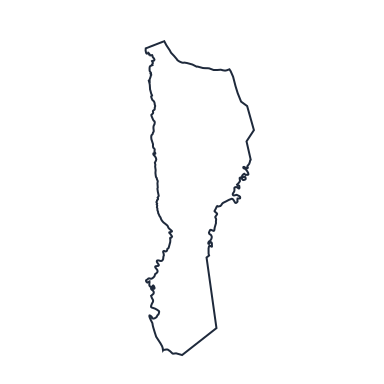 the district of La Jigua, Copán, Honduras, rotated 342°
{"feature_id": "27666195B73111216600935", "entity_name": "La Jigua", "entity_type": "district", "adm_level": 2, "iso_a3": "HND", "parent_name": "Honduras", "parent_adm1": "Copán", "projection": "equal_earth", "projection_center": [-88.775, 15.106], "detail": "fine", "context": "isolated", "style": "outline", "palette": "slate", "viewbox_px": 384, "rotation_deg": 342, "n_neighbors": 0, "source": "geoboundaries", "source_scale": "gbopen_adm2", "svg_char_len": 6058}
<svg xmlns="http://www.w3.org/2000/svg" viewBox="0 0 384 384"><g transform="rotate(342 192 192)"><path d="M132.2,344.0L173.2,329.0L185.6,258.8L188.6,257.7L188.7,255.8L190.3,250.8L191.3,249.0L191.7,248.7L192.2,248.7L192.9,249.1L193.6,250.0L194.0,250.1L194.2,249.9L194.4,249.0L195.0,247.1L195.0,246.3L194.8,245.8L194.4,245.5L193.7,245.5L192.3,246.6L191.7,246.4L191.6,245.9L191.9,245.2L192.7,244.4L194.0,244.0L195.4,243.1L196.1,242.3L196.7,241.4L197.0,240.4L196.9,239.4L196.6,238.4L195.9,237.7L195.6,237.3L195.5,236.5L195.6,235.8L197.3,233.9L197.8,233.7L198.4,233.9L200.4,235.6L201.0,235.6L201.5,235.1L202.5,233.0L205.2,229.0L205.6,227.5L206.5,225.5L206.6,224.5L206.3,223.6L206.5,222.8L208.9,221.0L209.1,220.7L209.1,220.1L207.7,217.7L207.5,217.3L207.6,217.0L209.0,215.7L211.1,213.4L211.7,213.2L212.2,213.8L212.6,213.9L214.7,214.1L215.8,213.5L217.1,212.4L218.3,211.9L221.2,211.5L224.6,210.9L227.6,210.7L228.2,211.0L228.7,211.6L229.1,212.8L229.7,215.4L230.0,215.8L230.5,216.0L231.5,215.7L232.3,215.2L232.5,214.7L232.7,213.5L233.3,212.3L235.4,212.9L235.8,212.8L236.1,212.2L236.2,211.5L236.0,211.0L235.6,210.4L233.6,208.5L231.0,208.3L230.5,208.1L230.1,207.7L230.0,207.3L230.0,206.9L230.2,206.4L230.6,205.9L231.6,205.2L232.6,204.1L233.0,203.2L233.5,201.3L234.0,200.9L234.8,200.8L235.7,201.0L236.4,201.6L237.5,203.1L237.9,203.2L238.2,203.0L238.6,202.1L238.8,200.6L237.5,199.9L237.2,199.4L237.1,198.9L238.9,198.0L240.8,196.7L241.1,196.0L241.6,193.5L242.2,193.2L242.9,193.2L243.2,193.9L243.8,195.6L244.2,196.3L244.8,196.6L245.9,196.6L246.6,196.5L247.1,196.1L247.3,195.4L247.3,194.5L247.1,194.1L246.7,193.8L244.6,193.7L244.5,193.3L244.5,192.7L244.7,192.1L245.0,191.8L246.4,191.0L247.3,190.8L248.4,192.4L249.0,192.4L250.5,192.9L251.0,192.7L251.2,192.0L251.3,191.1L250.9,189.2L250.0,186.7L248.6,185.5L248.3,184.9L248.4,184.4L248.7,184.1L249.3,184.2L250.7,185.9L251.6,186.5L252.2,186.5L252.6,186.0L252.4,185.1L252.7,184.5L255.1,182.9L256.3,181.3L257.1,179.9L257.8,179.5L259.5,160.7L270.0,152.3L271.0,127.3L266.6,121.2L266.0,112.1L266.1,104.9L266.7,95.1L266.1,89.1L265.5,86.9L262.7,87.0L261.0,86.8L259.0,85.8L257.2,84.6L254.2,83.9L250.2,82.6L246.5,79.7L244.6,78.9L242.2,78.1L240.6,77.4L236.0,74.4L235.1,74.2L231.8,70.9L227.1,67.8L224.8,66.6L223.7,66.4L222.7,66.0L221.2,64.8L220.0,63.6L218.8,62.0L218.8,61.7L218.6,61.0L217.0,57.1L215.1,53.1L214.6,50.3L213.0,44.6L212.2,40.0L192.4,41.1L191.6,43.1L191.4,44.8L191.4,45.6L191.5,46.1L191.7,46.4L192.2,46.5L193.1,46.4L193.4,46.1L194.0,47.1L193.7,48.0L194.3,48.3L194.5,49.2L196.4,49.5L196.5,49.9L196.4,50.6L196.4,51.6L197.1,53.3L197.2,54.4L196.9,54.9L196.3,55.3L195.5,55.3L194.7,55.0L194.4,55.1L194.7,57.0L194.5,57.5L193.4,58.4L193.7,58.8L193.7,59.1L191.4,59.3L190.8,59.6L190.3,60.2L189.7,61.7L189.2,63.5L189.2,64.1L189.8,66.1L189.6,66.8L189.3,66.6L189.1,66.7L189.5,67.7L189.4,68.1L188.9,68.4L188.3,69.5L186.6,71.7L186.3,72.4L186.0,73.4L185.5,72.6L185.3,72.7L185.2,75.1L185.0,76.9L183.8,81.6L183.8,82.5L183.6,85.9L183.7,86.6L183.8,86.9L183.8,88.0L182.9,88.3L182.7,88.5L182.6,88.9L182.6,90.7L182.8,92.3L183.7,93.8L183.9,94.8L183.9,96.0L183.6,97.1L183.6,98.8L182.5,100.5L182.3,101.3L181.9,102.0L180.1,102.7L179.7,103.4L179.6,104.5L179.2,105.1L178.3,105.6L177.3,106.0L177.1,106.2L177.0,107.3L177.3,111.1L177.6,112.3L178.2,113.3L178.1,114.3L177.3,115.9L176.1,117.1L175.5,118.1L175.1,119.2L174.5,122.0L174.3,122.5L173.9,123.0L173.3,123.4L172.5,124.7L170.9,125.6L170.2,127.1L169.7,129.2L169.7,134.5L169.1,136.1L168.9,137.2L168.9,138.0L169.5,139.0L169.7,139.9L168.8,142.0L169.1,143.8L168.9,144.2L168.6,144.3L167.3,143.4L167.0,143.7L166.9,144.2L167.0,144.9L167.9,146.8L168.0,147.4L168.2,148.5L168.1,149.9L167.5,150.9L165.7,152.7L165.6,154.7L164.8,156.4L164.2,159.9L163.1,162.6L162.6,165.1L162.4,166.4L162.5,167.2L162.8,167.9L162.6,168.9L162.8,171.1L161.8,173.1L160.8,177.2L160.1,178.2L159.8,180.1L159.6,181.1L159.2,185.2L158.9,185.7L157.5,186.8L157.7,187.7L157.5,188.3L157.2,188.6L156.2,189.0L155.7,190.0L155.1,190.5L155.0,191.0L155.3,192.2L154.6,192.9L154.7,193.5L154.7,194.3L153.9,195.6L154.0,197.0L153.5,198.5L153.6,200.5L153.3,201.5L153.6,203.5L153.6,204.5L154.2,206.5L154.2,208.0L154.5,209.8L155.4,212.0L156.9,214.2L158.2,216.3L158.4,217.1L158.5,218.5L158.8,219.5L160.4,222.1L160.8,222.9L160.7,223.3L159.1,223.5L158.1,223.3L157.8,223.6L157.8,223.9L158.3,224.8L158.6,225.7L159.2,227.7L159.2,228.3L158.2,229.0L157.3,228.8L157.0,229.0L156.8,229.5L156.6,230.9L155.8,232.9L152.6,237.8L152.1,238.2L151.1,238.4L150.3,239.7L149.5,240.4L148.5,240.4L147.2,239.4L146.6,239.4L146.2,239.7L146.0,240.2L146.0,241.6L145.7,243.5L144.9,244.5L143.8,246.9L143.2,247.5L142.4,248.0L141.6,248.1L140.6,247.8L139.5,247.0L138.7,246.6L137.8,246.4L137.3,246.7L137.1,247.1L137.0,247.6L137.3,249.0L137.8,250.5L137.9,251.1L137.7,251.5L137.1,251.8L134.5,251.4L134.1,251.5L133.8,251.9L133.9,252.8L134.7,254.9L134.9,255.7L134.8,256.7L134.3,257.5L133.0,258.3L131.7,258.6L130.1,260.7L128.5,261.5L127.1,261.9L126.5,261.9L125.7,261.6L124.6,260.9L123.8,260.8L122.6,261.4L121.4,261.6L121.0,261.9L120.8,262.4L120.9,263.3L121.5,264.3L123.9,263.9L123.7,264.8L122.9,266.5L122.6,267.7L122.7,268.4L123.2,269.3L123.7,269.9L124.0,270.0L125.0,269.5L125.8,269.0L126.2,268.9L126.5,269.3L126.7,269.9L126.8,271.3L126.5,272.1L125.9,272.3L125.3,272.0L124.9,270.8L124.5,270.4L123.9,270.3L123.4,270.8L123.2,271.3L123.3,272.0L123.6,272.6L124.2,273.3L124.6,274.4L124.7,275.2L124.5,276.0L124.2,276.5L123.7,277.0L121.0,278.1L121.1,280.5L121.5,282.5L121.4,283.5L120.9,284.4L119.4,285.8L118.1,287.4L117.7,288.0L117.6,288.7L117.7,289.0L118.1,289.5L120.7,291.4L122.3,293.1L123.5,294.7L123.8,295.2L123.8,295.6L123.3,296.7L122.2,298.1L121.0,298.6L120.0,299.7L119.4,300.1L117.5,300.6L116.3,300.5L115.5,300.1L115.2,299.6L115.1,298.3L114.7,297.5L113.7,296.3L113.4,296.3L113.2,296.6L113.0,297.3L113.0,298.5L113.3,301.4L113.8,304.5L113.4,307.1L113.3,309.1L113.2,313.8L113.2,318.6L115.3,326.4L115.9,329.6L115.9,331.2L115.5,333.7L116.2,333.2L117.0,333.6L118.8,333.8L120.1,334.3L120.5,334.7L122.0,336.7L123.5,339.5L124.0,339.9L127.0,340.5L132.2,344.0Z" fill="none" stroke="#1e293b" stroke-width="2"/></g></svg>